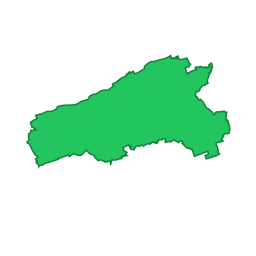 the district of Clonmel Lea-6, South Tipperary, Ireland, rotated 161°
{"feature_id": "5873133B92234253465118", "entity_name": "Clonmel Lea-6", "entity_type": "district", "adm_level": 2, "iso_a3": "IRL", "parent_name": "Ireland", "parent_adm1": "South Tipperary", "projection": "robinson", "projection_center": [-7.699, 52.42], "detail": "fine", "context": "isolated", "style": "filled", "palette": "green", "viewbox_px": 256, "rotation_deg": 161, "n_neighbors": 0, "source": "geoboundaries", "source_scale": "gbopen_adm2", "svg_char_len": 5172}
<svg xmlns="http://www.w3.org/2000/svg" viewBox="0 0 256 256"><g transform="rotate(161 128 128)"><path d="M31.8,106.4L30.9,108.2L31.3,108.4L29.5,110.7L30.9,111.0L31.1,112.0L31.6,112.6L37.9,113.8L38.3,114.4L40.8,114.1L40.9,112.7L43.0,112.8L43.0,114.7L43.6,116.5L46.1,120.4L46.9,120.9L47.6,121.9L47.8,124.6L48.5,127.9L50.0,131.5L51.6,131.4L51.8,131.9L52.6,132.5L52.3,133.3L52.5,134.6L52.8,135.1L53.2,135.1L53.8,135.5L53.0,138.7L51.6,139.9L50.6,139.5L48.3,140.1L46.6,142.2L44.9,142.9L43.9,143.8L42.9,143.7L41.7,143.4L39.8,144.0L38.5,144.1L38.3,144.3L37.6,144.4L38.2,146.4L37.4,146.8L37.2,148.1L36.9,148.1L35.3,150.0L34.0,151.9L32.8,152.9L33.7,153.9L31.0,154.1L30.3,156.2L29.6,156.2L29.2,157.8L28.4,157.9L27.9,160.9L28.0,162.2L30.9,161.5L31.1,161.4L30.6,159.5L32.8,159.1L32.7,159.6L34.6,159.6L34.8,160.5L36.4,160.2L36.4,160.6L38.5,161.5L39.3,162.5L40.0,162.4L40.3,162.7L41.2,162.2L43.4,163.6L45.0,162.9L44.2,161.6L44.0,160.9L48.9,161.1L52.9,160.4L53.0,159.8L54.3,159.7L54.5,161.0L54.3,162.4L54.5,164.8L54.3,166.1L51.9,166.2L50.5,165.9L49.1,167.4L48.1,167.8L49.2,170.4L49.2,172.6L49.7,172.8L49.4,174.9L56.4,175.5L57.3,177.3L57.8,178.8L57.3,179.3L57.4,179.8L59.4,179.6L59.2,179.2L59.5,178.4L58.9,178.3L59.0,177.9L60.2,178.0L61.0,178.8L61.2,178.7L61.9,179.6L63.8,179.1L64.3,179.9L64.1,180.1L64.1,181.5L64.1,182.6L64.3,182.7L65.6,182.1L69.4,181.7L72.6,181.8L75.7,182.3L79.3,182.1L82.5,182.5L84.1,183.2L84.8,183.2L87.7,182.7L92.0,181.1L92.9,180.1L92.8,178.7L95.3,178.2L95.5,178.2L98.5,177.5L98.8,177.5L100.7,177.0L102.7,177.1L104.0,177.0L104.6,180.0L107.9,179.0L107.9,180.5L108.5,180.5L109.0,180.2L109.3,180.3L109.6,180.0L110.0,179.9L110.1,179.4L111.1,179.3L110.9,179.1L111.2,179.1L113.1,178.8L112.1,178.5L112.2,178.0L114.5,177.6L117.6,177.5L119.9,176.6L120.4,176.7L121.0,176.1L122.4,176.0L123.0,175.7L123.0,175.4L124.7,174.9L127.7,174.9L128.5,174.3L127.8,172.5L133.6,170.6L135.8,170.5L137.7,171.5L139.4,171.8L142.4,171.9L145.6,170.8L148.0,170.7L150.4,171.1L152.5,170.8L154.6,170.1L155.7,168.6L156.9,168.1L161.4,168.2L163.7,168.4L166.9,167.6L169.9,167.1L174.6,168.3L178.6,169.6L184.2,171.0L187.8,171.1L188.3,170.8L188.5,169.8L189.0,169.4L192.2,168.8L194.1,168.7L196.3,168.9L198.2,169.8L199.4,170.0L204.4,169.5L206.4,169.6L208.8,170.0L211.2,170.0L211.0,166.5L211.5,166.3L214.6,166.2L217.0,165.5L217.7,165.4L217.8,164.9L218.8,164.1L218.2,161.6L218.6,160.1L217.6,159.8L216.7,157.7L215.8,156.8L216.1,156.4L215.9,156.2L217.0,155.9L217.8,156.6L218.3,156.7L218.8,156.6L220.5,157.5L220.9,156.6L221.2,156.6L221.3,155.9L222.3,155.3L222.3,154.8L223.7,155.0L224.2,152.8L224.7,152.7L225.1,151.7L225.2,150.4L224.9,149.6L225.1,149.3L226.7,148.1L228.1,147.7L227.9,146.6L227.5,145.9L226.9,145.7L226.4,144.6L226.4,143.3L225.7,142.3L225.7,141.8L226.1,141.2L226.1,140.3L224.6,133.1L222.7,129.6L224.3,128.9L225.3,129.1L225.3,127.3L224.6,126.8L224.7,125.9L226.1,125.7L226.1,125.4L226.0,125.0L225.8,124.9L225.6,124.1L224.8,123.0L224.9,120.6L224.4,121.3L223.8,121.1L222.5,121.2L221.7,121.0L221.6,120.8L220.3,120.9L218.3,121.6L213.4,121.2L210.8,121.3L210.1,121.1L208.6,121.3L207.5,121.1L204.0,121.3L204.0,122.0L202.6,121.8L193.0,121.8L192.7,120.2L188.0,121.5L183.5,118.0L181.0,117.5L174.6,120.6L172.8,116.5L172.0,115.5L169.5,113.7L168.6,110.3L168.2,109.9L168.1,109.3L167.5,108.5L167.2,107.3L166.5,106.7L164.6,107.0L163.2,105.9L162.5,105.0L161.7,105.0L160.9,103.6L159.5,102.7L157.5,103.0L156.0,102.5L155.7,101.1L156.1,100.8L155.9,100.1L156.1,99.5L155.7,99.8L155.3,100.8L154.6,101.2L154.8,101.7L154.2,102.1L153.7,103.1L150.1,101.7L148.2,101.7L147.2,101.9L146.9,101.6L145.5,101.8L145.3,101.5L144.6,101.2L144.3,101.5L144.0,101.5L143.9,102.0L143.3,102.0L143.2,103.0L141.6,102.7L141.3,103.0L140.9,102.5L139.5,102.6L138.3,102.3L137.7,102.4L139.4,103.8L136.9,105.2L137.1,105.5L139.7,108.4L139.0,109.3L139.2,109.7L138.9,110.2L139.1,110.9L138.0,111.4L136.7,111.2L136.0,111.5L133.1,111.9L132.8,110.5L131.9,110.7L131.8,110.0L131.2,110.0L131.1,109.2L132.6,108.8L132.4,107.4L131.7,106.6L129.1,105.5L128.5,106.4L126.9,107.6L125.4,107.9L124.4,107.7L124.1,107.9L123.0,106.9L121.4,107.5L120.3,107.2L119.5,105.8L117.7,106.3L114.0,106.8L114.0,106.4L113.0,106.1L113.0,105.8L112.4,105.8L111.2,105.8L110.7,106.7L108.3,106.5L108.6,105.8L106.8,105.6L106.9,104.7L105.5,104.2L105.0,105.4L103.8,105.2L103.7,106.5L103.2,106.9L100.4,106.0L99.3,105.8L98.8,106.2L96.3,106.0L96.7,104.3L97.1,103.4L96.4,103.5L97.1,102.2L93.8,101.9L92.5,101.2L91.3,101.0L89.4,102.1L88.8,101.6L88.2,101.5L87.6,101.2L87.4,100.9L87.7,100.7L86.1,99.3L85.2,97.8L85.0,97.7L84.0,98.3L82.5,98.6L81.0,98.0L81.3,96.7L80.8,95.6L81.7,95.5L81.2,95.0L79.8,91.5L78.7,90.1L78.5,89.4L76.4,88.8L75.8,88.2L76.0,87.9L75.8,87.3L74.4,87.3L74.4,79.6L60.6,80.0L60.2,78.5L60.3,77.1L64.1,76.7L64.2,73.4L59.8,73.2L59.5,73.5L57.5,73.0L57.3,73.5L56.1,73.1L55.6,73.2L53.9,72.8L53.6,73.4L51.3,73.6L51.2,73.4L50.1,73.5L50.6,76.0L49.9,78.3L49.6,81.5L50.2,83.2L49.5,85.2L48.5,85.4L46.6,84.7L42.4,84.7L42.8,85.9L43.3,86.2L43.2,87.0L41.9,87.8L41.8,88.1L41.1,88.6L40.2,89.0L40.4,90.4L37.8,91.1L37.1,90.5L34.1,90.1L33.7,91.3L32.8,92.3L32.0,94.1L31.3,97.6L31.7,100.9L31.1,100.8L31.0,101.3L31.5,103.1L32.6,103.0L32.7,103.4L31.8,106.4Z" fill="#22c55e" stroke="#15803d" stroke-width="1.5"/></g></svg>